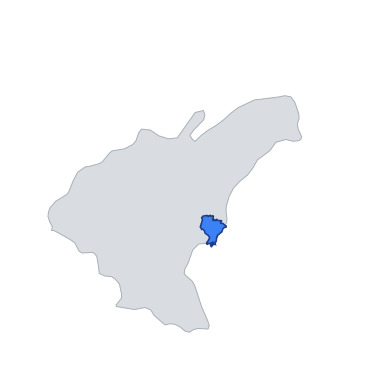 Baní, Peravia, Dominican Republic (highlighted), rotated 310°
{"feature_id": "3306468B54911085338541", "entity_name": "Baní", "entity_type": "district", "adm_level": 2, "iso_a3": "DOM", "parent_name": "Dominican Republic", "parent_adm1": "Peravia", "projection": "natural_earth1", "projection_center": [-70.434, 18.349], "detail": "fine", "context": "in_parent", "style": "filled", "palette": "blue", "viewbox_px": 384, "rotation_deg": 310, "n_neighbors": 0, "source": "geoboundaries", "source_scale": "gbopen_adm2", "svg_char_len": 5920}
<svg xmlns="http://www.w3.org/2000/svg" viewBox="0 0 384 384"><g transform="rotate(310 192 192)"><path d="M72.8,256.8L73.1,242.3L75.1,236.4L73.3,230.2L65.1,223.6L60.0,215.1L55.6,207.6L56.6,206.5L65.6,206.2L68.7,203.4L74.8,195.7L76.0,189.5L75.5,184.8L71.6,179.2L70.0,173.3L74.9,168.2L81.3,160.7L82.1,157.8L82.0,154.9L74.6,147.0L74.1,143.6L77.6,135.1L77.3,129.4L73.9,111.6L72.3,109.0L75.5,107.5L77.7,102.2L80.6,97.5L84.4,94.9L88.8,93.4L97.4,93.5L109.3,97.6L112.7,97.5L124.1,93.8L133.6,91.7L142.6,94.1L146.2,97.3L153.6,102.4L157.3,103.9L168.9,103.8L172.1,104.3L181.9,112.7L190.2,116.0L195.0,116.2L203.5,113.0L207.8,113.0L212.7,120.3L213.7,130.5L217.7,139.9L224.0,145.9L254.9,143.3L261.7,148.3L259.4,152.3L255.0,154.5L240.4,153.5L234.0,154.0L232.7,158.1L232.6,161.8L241.2,162.7L249.7,164.6L258.2,167.6L267.0,169.7L276.8,171.0L286.5,173.2L302.6,180.6L320.5,197.3L325.3,201.1L328.4,206.4L326.9,212.9L320.6,223.4L317.0,226.9L311.8,228.9L308.2,233.3L304.7,240.7L302.6,241.3L300.1,241.0L295.8,236.8L292.7,230.3L284.1,224.3L273.8,225.1L258.7,221.5L249.6,223.2L240.5,223.6L231.1,221.8L221.8,221.2L212.4,223.4L203.3,227.3L199.9,229.8L194.1,235.8L191.0,238.1L168.9,241.1L162.5,236.7L156.6,230.6L148.1,229.8L135.7,234.5L128.0,236.2L124.9,238.2L124.0,240.5L123.9,248.9L122.2,254.0L110.1,273.4L103.3,287.1L100.5,291.3L97.3,292.3L91.4,284.4L87.6,281.6L82.9,280.1L80.9,275.9L81.0,270.0L79.8,264.2L76.9,259.7L72.8,256.8Z" fill="#d9dde1" stroke="#a8b0b8" stroke-width="1"/><path d="M161.6,237.1L161.8,237.4L162.0,237.3L162.2,237.5L162.3,237.6L162.9,237.6L163.0,237.7L163.0,237.9L163.2,238.0L163.4,238.0L163.6,238.1L163.7,238.3L163.7,238.5L163.9,238.6L164.0,238.8L164.2,239.0L164.2,239.3L164.5,239.3L164.7,239.6L164.8,239.8L164.9,240.0L165.1,240.0L165.1,239.7L165.4,239.8L165.4,240.0L165.6,239.9L165.7,240.0L165.7,239.9L165.8,240.0L166.0,240.1L165.9,240.1L166.0,240.0L166.3,240.2L166.6,240.2L166.8,240.5L167.0,240.6L167.2,240.8L166.9,240.9L167.0,241.0L166.6,241.1L166.6,240.7L166.4,240.4L166.1,240.2L166.1,240.3L166.5,240.7L166.5,240.9L166.5,241.0L166.4,241.0L166.1,241.2L166.0,241.4L165.9,241.4L165.7,241.4L165.6,241.5L165.4,241.4L165.2,241.4L164.7,241.2L164.7,241.3L164.6,241.5L164.4,241.7L164.2,241.5L163.9,241.5L163.8,241.4L163.7,241.3L163.6,241.2L163.6,241.3L163.4,241.4L163.2,241.3L163.3,241.4L163.3,241.7L163.3,241.8L163.2,241.8L163.2,241.7L162.8,241.5L162.8,241.4L163.0,241.0L163.1,240.9L163.1,240.7L163.3,240.7L163.5,240.5L163.5,240.8L163.6,240.5L163.9,240.2L163.8,240.3L163.6,240.4L163.3,240.6L163.0,240.7L163.0,240.8L162.9,240.9L162.9,241.0L162.8,241.3L162.7,241.5L162.5,241.9L163.0,242.0L163.4,242.0L163.6,242.0L163.9,242.1L164.0,242.2L164.3,242.1L164.5,241.9L164.7,242.0L164.8,241.9L165.3,242.0L165.5,242.0L165.8,242.2L165.8,242.3L166.0,242.5L166.2,242.8L166.4,243.1L166.4,242.9L166.5,242.9L166.6,243.0L166.8,243.0L167.0,243.1L167.1,242.9L167.3,242.9L167.5,242.8L167.9,242.7L168.0,242.7L168.4,242.4L168.6,242.4L168.9,242.4L169.0,242.3L169.2,242.2L169.3,242.2L169.6,242.2L169.8,242.1L170.1,241.9L170.4,241.7L170.5,241.7L170.8,241.7L171.0,241.5L171.1,241.4L171.3,241.2L171.5,241.1L171.9,240.9L172.1,240.7L172.3,240.6L172.5,240.5L172.6,240.3L172.8,240.3L173.3,240.0L173.5,240.0L173.8,240.0L173.9,239.9L174.1,239.9L174.5,239.7L174.8,239.5L174.9,239.4L175.4,239.3L176.0,239.4L176.1,239.5L176.3,239.5L176.6,239.7L176.8,239.8L177.0,239.9L177.3,239.9L177.7,239.9L178.2,239.9L178.5,240.0L178.9,240.0L179.2,240.2L179.4,240.2L179.5,240.3L179.7,240.2L179.8,240.3L180.2,240.2L180.4,240.3L180.4,240.2L180.7,240.2L180.8,240.2L181.6,240.2L181.8,240.1L182.1,240.0L182.3,239.9L182.5,239.8L182.7,239.7L182.8,239.7L183.0,239.6L183.6,239.3L184.0,239.3L184.3,239.4L184.5,239.3L184.8,239.4L185.0,239.5L185.4,239.7L185.5,239.7L185.5,239.8L185.8,240.0L186.3,240.1L186.5,240.2L186.7,240.4L186.8,240.5L187.1,240.7L187.3,240.5L187.4,240.4L187.5,240.3L187.6,240.2L187.9,240.1L188.0,239.8L188.0,239.5L187.8,239.1L187.7,238.8L187.7,237.9L187.8,237.4L187.7,237.0L187.7,236.7L187.9,236.1L187.8,235.9L187.6,235.4L187.1,235.0L186.7,234.5L186.6,234.2L186.6,233.6L186.9,233.4L187.9,233.5L188.6,233.4L189.0,233.2L189.0,232.9L188.9,232.8L188.4,232.6L188.3,232.0L188.2,231.7L187.9,231.5L187.4,231.2L187.2,230.6L187.0,230.1L187.0,228.8L186.8,228.3L186.5,228.2L186.2,228.3L185.5,228.9L185.4,228.9L185.2,228.7L185.2,227.4L185.0,226.8L184.9,226.6L184.6,226.5L184.3,226.9L184.1,227.0L183.9,226.9L183.7,226.6L183.7,226.4L183.8,226.3L183.9,226.2L184.4,226.2L184.4,225.8L184.6,225.1L184.9,225.1L185.4,225.4L185.8,224.9L186.3,224.7L186.5,224.4L187.0,224.1L187.2,223.8L187.3,223.5L187.2,223.3L187.0,223.0L186.8,222.8L186.2,222.8L186.0,222.7L185.9,222.6L185.9,222.2L185.6,222.0L185.5,221.9L185.6,221.7L185.8,221.3L185.9,221.1L185.6,220.9L185.4,220.6L184.8,220.5L184.6,220.2L184.3,220.1L184.0,220.4L183.9,220.4L183.7,220.2L183.6,219.8L183.8,219.3L183.9,219.1L183.7,218.6L183.5,218.3L183.0,218.3L182.9,218.2L182.7,217.7L182.3,217.2L182.1,217.1L181.8,217.0L181.6,216.9L181.3,216.6L181.1,216.2L180.6,215.9L180.0,216.1L179.7,216.2L179.1,216.0L179.0,215.8L178.6,215.8L178.4,216.0L178.3,216.3L177.8,217.0L177.7,217.7L177.5,218.0L176.8,218.2L176.2,218.3L175.7,218.7L175.3,218.8L174.9,219.0L174.3,219.4L173.4,219.5L173.2,219.5L172.8,220.2L172.6,220.4L172.1,220.2L171.9,220.2L171.7,220.3L171.3,220.6L170.9,220.6L170.6,220.7L170.5,220.9L170.4,221.0L170.4,221.7L170.3,221.9L169.8,222.6L169.5,223.4L169.8,223.5L170.3,223.8L170.5,224.2L170.5,224.4L170.4,224.8L170.4,225.3L170.2,225.8L170.2,226.4L170.1,226.7L169.9,227.2L169.0,228.2L168.9,228.5L168.9,230.3L168.9,230.6L169.1,231.0L169.1,231.9L169.2,232.3L168.9,232.9L168.8,233.8L168.3,234.8L168.2,235.0L167.7,235.2L167.2,235.1L166.8,235.2L166.2,235.3L165.6,235.7L165.3,235.8L164.8,235.8L164.4,235.6L164.2,235.5L163.9,235.6L163.6,235.9L163.5,236.0L163.3,236.0L163.0,235.8L162.7,235.8L162.0,236.1L161.6,237.1ZM166.8,240.6L166.7,240.7L166.7,240.8L166.8,240.8L166.8,240.7L166.8,240.6Z" fill="#3b82f6" stroke="#1e3a8a" stroke-width="1.5"/></g></svg>